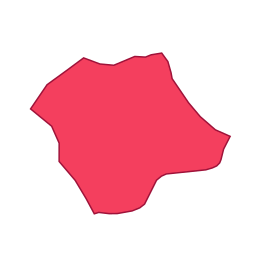 SVG path tracing the border of Dún Laoghaire–Rathdown, rotated 324°
{"feature_id": "IRL-5576", "entity_name": "Dún Laoghaire–Rathdown", "entity_type": "County", "adm_level": 1, "iso_a3": "IRL", "parent_name": "Ireland", "parent_adm1": "", "projection": "mercator", "projection_center": [-6.178, 53.255], "detail": "fine", "context": "isolated", "style": "filled", "palette": "rose", "viewbox_px": 256, "rotation_deg": 324, "n_neighbors": 0, "source": "natural_earth", "source_scale": "10m", "svg_char_len": 611}
<svg xmlns="http://www.w3.org/2000/svg" viewBox="0 0 256 256"><g transform="rotate(324 128 128)"><path d="M133.3,45.2L142.9,59.7L153.4,68.9L175.5,74.1L183.8,80.9L189.8,82.4L199.3,87.2L199.3,97.7L195.3,108.6L192.7,114.0L191.8,143.2L193.1,161.3L197.6,180.8L205.7,194.8L192.9,201.3L184.7,208.2L181.7,210.1L177.5,210.8L172.9,209.9L166.4,207.6L132.0,187.7L126.7,186.6L120.4,187.0L96.7,199.3L90.6,199.5L82.6,197.5L69.0,190.9L62.4,186.2L54.7,179.1L50.3,177.6L52.6,160.7L54.5,139.3L52.6,114.6L63.4,99.8L67.3,81.7L60.4,55.3L88.0,45.4L111.7,45.4L133.3,45.2Z" fill="#f43f5e" stroke="#9f1239" stroke-width="1.5"/></g></svg>